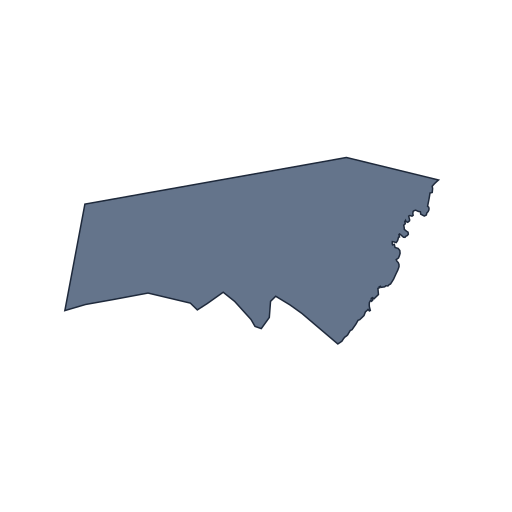 Negerubesang, Melekeok, Palau, rotated 338°
{"feature_id": "81905179B88331309358666", "entity_name": "Negerubesang", "entity_type": "district", "adm_level": 2, "iso_a3": "PLW", "parent_name": "Palau", "parent_adm1": "Melekeok", "projection": "albers", "projection_center": [134.627, 7.491], "detail": "fine", "context": "isolated", "style": "filled", "palette": "slate", "viewbox_px": 512, "rotation_deg": 338, "n_neighbors": 0, "source": "geoboundaries", "source_scale": "gbopen_adm2", "svg_char_len": 1776}
<svg xmlns="http://www.w3.org/2000/svg" viewBox="0 0 512 512"><g transform="rotate(338 256 256)"><path d="M344.1,191.7L116.8,143.8L59.3,233.5L58.3,235.0L79.8,237.1L106.4,242.7L142.0,249.9L177.5,275.1L181.4,284.0L193.1,281.8L212.0,277.3L219.2,290.1L227.6,313.0L228.7,320.9L233.7,325.3L245.3,318.0L252.5,303.5L259.2,300.7L269.2,314.1L277.0,326.4L298.9,368.2L300.9,367.8L303.7,367.2L306.1,365.5L307.9,364.5L310.1,364.0L311.6,363.4L312.5,362.6L315.5,360.4L317.4,360.3L323.1,356.6L326.6,353.8L328.3,353.9L331.6,352.6L333.8,351.7L336.5,348.8L338.8,348.0L339.9,347.5L340.5,349.4L341.6,349.3L342.1,345.5L342.8,343.4L343.7,341.6L345.6,340.1L346.2,341.3L347.8,340.5L347.1,338.5L348.4,338.2L349.4,339.9L355.1,337.6L356.9,331.7L358.5,331.7L358.7,330.7L360.0,330.7L360.1,331.9L363.8,332.8L365.2,332.2L367.1,333.2L368.9,332.4L370.2,332.4L374.8,329.1L379.2,324.9L382.1,322.3L384.6,319.5L385.4,317.5L385.4,315.4L384.7,313.6L384.6,311.9L387.4,311.2L389.2,309.3L390.6,307.5L391.4,304.8L390.6,302.2L388.1,300.2L388.6,297.0L386.8,296.8L387.0,295.3L387.8,293.7L389.2,294.6L391.0,296.1L392.9,294.9L394.1,293.5L395.1,292.0L396.2,292.1L396.6,289.6L397.4,289.3L398.0,290.3L399.8,293.9L401.2,294.5L402.4,293.8L404.0,293.7L405.4,292.9L405.9,290.9L404.9,289.5L403.5,286.9L404.0,285.3L404.5,282.8L406.5,282.0L406.8,279.9L408.0,279.0L407.9,280.3L409.3,281.6L411.5,280.9L412.0,280.1L412.5,276.2L413.8,276.1L415.6,277.5L417.0,277.1L417.2,275.6L418.4,273.5L419.6,273.2L421.2,273.3L423.2,275.5L425.0,276.5L424.4,278.9L427.0,282.0L429.3,281.8L430.4,280.2L432.2,279.3L433.6,278.0L434.3,276.5L434.4,275.4L433.7,274.2L438.2,267.3L439.6,265.0L440.9,262.8L443.2,263.1L445.0,259.7L445.5,257.3L448.6,255.8L451.4,254.7L453.7,253.9L376.7,198.5L344.1,191.7Z" fill="#64748b" stroke="#1e293b" stroke-width="1.5"/></g></svg>